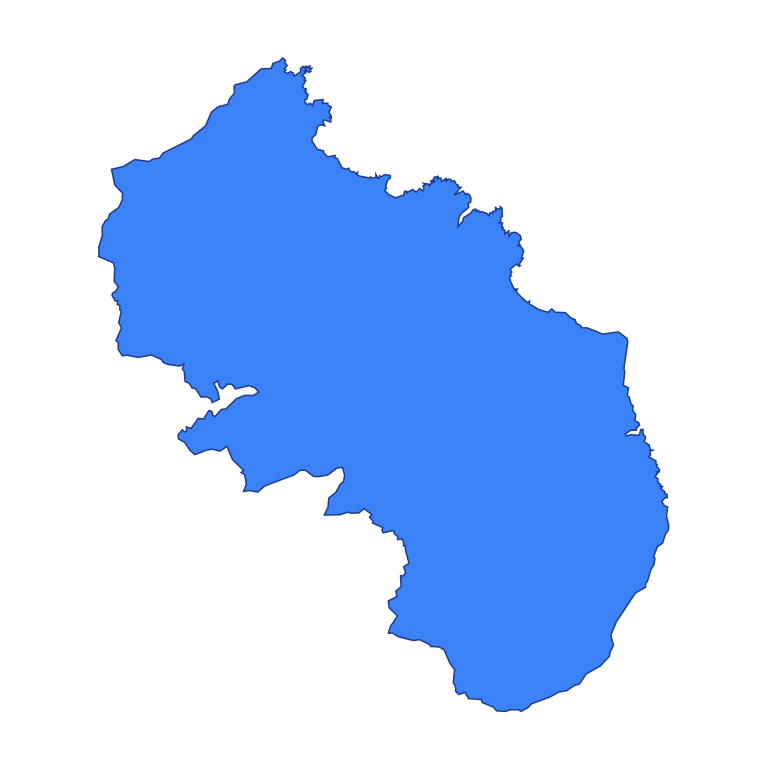 Santiago Maior, Santa Cruz, Cabo Verde, rotated 4°
{"feature_id": "66160863B62302711188639", "entity_name": "Santiago Maior", "entity_type": "district", "adm_level": 2, "iso_a3": "CPV", "parent_name": "Cabo Verde", "parent_adm1": "Santa Cruz", "projection": "albers", "projection_center": [-23.551, 15.111], "detail": "fine", "context": "isolated", "style": "filled", "palette": "blue", "viewbox_px": 768, "rotation_deg": 4, "n_neighbors": 0, "source": "geoboundaries", "source_scale": "gbopen_adm2", "svg_char_len": 6115}
<svg xmlns="http://www.w3.org/2000/svg" viewBox="0 0 768 768"><g transform="rotate(4 384 384)"><path d="M112.4,323.2L115.1,324.4L115.2,328.4L116.9,329.7L115.1,341.1L118.2,346.4L113.6,359.4L116.2,361.6L116.4,367.9L121.0,374.1L125.7,373.2L136.9,374.6L150.0,371.3L160.2,375.1L162.4,378.0L167.3,379.6L179.2,380.3L183.0,377.9L181.8,383.1L183.8,385.2L185.4,395.4L189.4,396.7L192.8,401.2L196.4,401.9L202.3,409.7L209.0,409.3L212.5,411.2L214.0,414.5L220.8,410.5L218.6,402.8L214.2,395.3L217.9,392.5L220.3,398.6L223.2,400.1L228.4,394.9L232.4,394.9L236.1,399.3L249.1,395.1L255.4,396.7L259.6,400.9L254.4,404.5L245.7,405.1L237.7,409.0L228.1,419.9L223.5,420.7L217.8,428.1L215.5,427.3L214.0,423.1L211.1,422.8L206.5,431.5L201.1,431.2L194.6,441.8L189.8,440.6L190.3,444.9L188.4,445.8L186.0,443.7L182.1,449.1L182.9,453.1L189.3,456.2L195.0,463.6L200.2,467.7L211.8,462.2L217.6,461.0L225.0,462.4L231.7,457.2L238.1,469.9L250.0,480.1L247.7,482.3L251.3,484.2L253.7,493.4L251.4,501.0L257.2,499.6L265.5,500.6L272.3,493.9L300.5,481.0L306.2,476.0L311.6,475.5L320.4,481.2L325.6,480.9L334.5,478.5L343.0,471.1L348.4,470.0L351.1,477.6L350.4,484.1L347.2,487.3L343.6,495.3L336.9,501.6L336.7,510.9L333.6,518.9L349.2,517.5L357.2,514.2L359.3,515.2L368.0,514.3L372.9,509.7L381.1,515.2L378.7,517.7L382.8,521.9L382.4,523.6L392.8,527.3L392.2,530.0L393.5,532.5L403.5,529.5L405.1,533.0L408.3,535.0L408.4,538.3L412.5,537.3L414.6,540.2L414.7,544.2L417.0,544.1L416.7,547.3L421.5,561.1L416.3,564.9L418.7,570.6L416.5,574.1L413.9,574.1L415.2,585.1L410.3,589.8L411.6,595.1L403.4,600.2L404.7,606.8L413.7,614.5L407.3,625.4L405.8,632.3L409.7,631.8L415.9,635.1L431.3,637.9L437.3,636.5L448.0,641.0L448.9,642.6L457.1,642.4L462.6,645.0L469.2,658.0L474.3,663.9L473.9,676.6L476.9,682.2L476.7,685.3L480.3,688.5L486.2,686.0L490.4,691.9L503.2,692.0L504.2,694.9L515.8,698.8L519.1,702.2L528.2,702.1L532.5,700.2L540.8,699.5L543.6,701.1L550.8,696.3L553.0,693.0L571.7,684.5L579.9,679.0L588.0,677.1L594.7,671.5L600.0,669.5L606.0,659.1L619.5,650.1L627.9,639.8L628.2,635.5L631.2,628.7L627.8,618.7L632.4,604.8L649.4,575.0L659.0,568.5L658.9,564.3L660.5,562.8L663.1,550.8L666.0,545.0L666.4,539.0L665.0,537.3L668.1,527.2L673.1,523.2L675.0,514.5L677.9,509.8L677.9,505.5L675.0,495.7L675.5,486.8L672.3,485.9L669.3,482.0L672.6,477.4L674.6,477.7L674.1,474.3L671.9,473.9L671.8,472.1L667.3,468.9L668.9,467.0L666.8,466.7L667.3,465.7L663.9,462.4L663.9,459.5L660.9,457.7L663.2,453.7L662.1,452.6L664.7,452.5L665.0,450.5L661.4,446.6L662.2,445.3L660.7,444.6L660.7,441.8L653.1,438.1L654.8,436.2L653.9,432.6L656.7,431.3L654.3,431.0L652.7,426.3L647.7,423.5L648.7,418.4L646.3,416.5L645.4,411.2L643.4,411.5L642.4,416.7L641.0,417.4L633.7,417.3L629.3,418.9L628.0,417.1L633.5,412.9L638.9,412.5L638.8,410.6L641.8,407.1L640.7,404.8L637.1,403.3L637.1,396.8L633.7,392.6L634.2,388.6L631.8,386.7L629.5,379.9L627.4,378.7L628.2,370.8L622.7,368.4L623.4,355.7L622.2,351.8L624.3,324.7L623.1,321.5L614.1,315.7L598.8,319.0L582.8,313.8L577.6,314.2L575.7,311.7L571.7,310.2L570.1,306.4L566.1,305.2L560.0,300.2L549.6,300.4L546.2,297.4L542.6,301.0L533.2,298.9L523.4,294.0L523.4,291.1L521.4,292.8L513.8,286.8L509.6,282.8L510.4,280.1L507.0,281.6L509.5,280.2L507.1,280.1L502.6,271.8L501.8,267.9L503.5,267.1L502.4,265.6L503.7,263.5L501.8,260.7L507.7,255.2L510.6,257.3L511.7,256.4L510.5,255.0L514.1,248.9L512.3,248.9L514.1,241.5L510.8,237.0L508.2,236.7L509.9,235.6L508.4,232.9L510.8,230.0L509.8,226.6L504.7,223.5L500.8,224.0L498.5,228.2L497.8,222.5L494.0,225.9L493.9,222.2L491.6,221.6L492.0,219.6L490.6,219.5L491.0,215.0L487.6,215.2L489.2,213.3L488.7,209.8L490.4,208.6L489.4,200.2L487.7,199.2L488.1,200.5L484.7,201.9L482.7,199.5L483.5,203.3L480.3,204.5L480.9,205.7L477.5,206.0L477.1,208.9L474.3,206.4L468.7,205.1L467.7,206.2L466.0,204.1L464.5,205.3L463.7,203.7L463.1,204.8L462.5,203.3L460.8,203.8L458.8,207.3L451.6,212.6L451.4,215.9L446.8,221.9L447.1,212.7L449.5,208.2L456.2,201.9L455.4,197.9L457.7,196.7L457.9,193.0L456.3,189.5L453.7,188.1L452.4,189.2L449.4,186.0L440.8,190.7L447.2,182.3L444.0,182.3L443.8,180.2L442.6,180.5L440.0,176.3L436.8,177.0L436.3,175.2L433.6,175.1L431.8,177.4L431.5,174.7L427.2,177.9L426.4,174.6L424.6,175.0L423.4,173.3L423.0,175.1L422.2,173.6L420.0,174.0L419.0,176.0L420.5,178.6L418.5,177.3L416.5,178.2L418.9,179.6L416.8,180.2L415.8,183.0L414.3,181.4L409.5,181.1L411.1,182.4L409.1,183.7L410.2,186.7L409.0,188.8L406.0,186.4L402.7,190.4L399.1,187.9L393.4,191.7L393.4,190.3L391.2,190.3L390.4,194.2L382.3,197.4L375.7,194.8L370.9,190.8L372.9,188.9L372.0,185.9L373.3,180.5L376.1,177.9L375.7,175.6L370.2,175.0L366.6,177.6L365.1,176.6L364.9,178.7L363.5,179.0L361.3,175.4L361.4,178.4L357.9,179.7L356.0,178.3L355.7,179.6L344.5,178.2L342.8,177.1L342.9,174.7L341.6,176.4L339.7,174.5L335.6,174.3L333.7,171.2L331.8,172.4L327.0,171.2L321.7,162.3L318.9,161.5L319.4,159.4L312.0,161.3L307.8,157.7L307.5,155.7L300.8,154.3L295.3,146.7L295.1,143.6L298.7,139.8L299.7,131.7L303.0,129.8L306.8,130.5L304.8,126.7L305.8,124.6L312.5,126.4L312.7,121.7L311.1,121.8L312.7,120.5L310.1,116.7L312.1,111.5L308.6,109.7L308.4,107.8L303.2,108.4L303.4,104.5L294.7,106.1L293.1,111.2L291.3,109.2L288.0,110.6L285.5,108.4L284.9,106.0L287.1,105.3L288.2,100.4L285.6,99.4L286.3,98.3L284.7,97.6L285.9,95.6L285.5,94.7L284.6,95.4L281.8,93.1L284.8,86.7L283.2,86.3L284.1,84.3L280.6,81.8L283.6,79.4L282.8,77.7L284.3,78.5L283.8,76.1L287.3,78.4L289.3,77.3L288.4,76.2L290.0,74.0L287.1,74.1L287.9,72.0L284.8,73.2L284.4,74.9L283.8,72.5L282.5,73.8L280.9,72.8L278.6,75.4L279.1,78.4L273.0,83.1L271.8,80.2L268.8,78.8L266.4,81.0L262.5,79.5L264.4,77.4L262.6,76.5L265.2,73.1L262.4,69.5L263.3,68.1L260.3,65.8L257.1,69.3L250.9,71.9L249.5,77.1L239.4,78.2L226.0,92.2L214.8,95.8L213.6,97.7L214.5,104.3L209.9,110.5L208.6,116.0L199.2,119.0L192.8,124.9L188.0,139.0L176.6,149.5L174.6,153.0L147.4,169.1L144.2,174.4L138.4,175.5L133.8,178.4L119.8,177.5L108.6,185.3L97.2,188.9L101.6,204.2L109.9,212.0L110.0,218.7L107.2,226.2L98.4,233.7L97.3,238.7L94.8,240.2L91.9,246.7L92.6,255.8L90.1,266.5L90.6,276.8L105.6,282.0L107.3,287.1L107.7,300.5L112.0,305.3L110.1,310.0L106.8,312.2L106.6,314.8L110.1,320.0L112.6,319.8L112.4,323.2Z" fill="#3b82f6" stroke="#1e3a8a" stroke-width="1.5"/></g></svg>